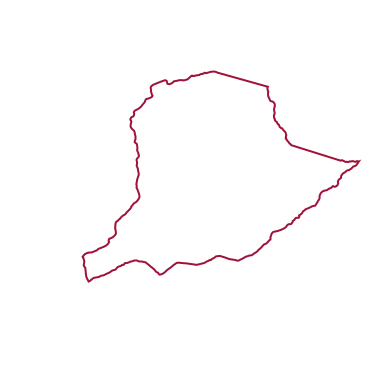 Humahuaca, Jujuy, Argentina, rotated 223°
{"feature_id": "61730980B42347447507011", "entity_name": "Humahuaca", "entity_type": "district", "adm_level": 2, "iso_a3": "ARG", "parent_name": "Argentina", "parent_adm1": "Jujuy", "projection": "robinson", "projection_center": [-65.497, -23.009], "detail": "fine", "context": "isolated", "style": "outline", "palette": "rose", "viewbox_px": 384, "rotation_deg": 223, "n_neighbors": 0, "source": "geoboundaries", "source_scale": "gbopen_adm2", "svg_char_len": 5958}
<svg xmlns="http://www.w3.org/2000/svg" viewBox="0 0 384 384"><g transform="rotate(223 192 192)"><path d="M106.1,315.6L151.4,293.9L152.2,294.2L153.7,294.0L154.4,294.1L155.0,294.4L156.2,294.4L157.9,294.6L158.7,295.0L159.3,295.1L159.7,294.9L159.9,295.0L160.2,295.8L160.4,295.9L160.7,296.0L161.0,296.3L161.5,297.2L161.5,297.5L161.7,297.8L162.8,298.4L163.7,299.1L164.2,299.3L165.4,299.5L166.8,299.5L169.5,300.0L169.8,299.9L170.1,299.7L171.0,299.4L171.7,299.5L172.3,299.4L172.8,299.6L174.0,300.4L174.8,300.4L175.3,300.2L175.8,300.3L176.3,300.5L176.9,300.6L177.8,301.1L179.3,300.8L180.0,300.9L180.6,301.4L180.9,301.5L181.3,301.9L181.4,302.0L182.4,302.2L182.7,302.3L184.0,303.5L184.5,304.2L184.5,304.6L184.7,304.9L184.9,305.4L185.2,305.9L185.9,306.6L187.8,307.8L188.9,309.1L189.2,309.6L189.7,310.9L189.9,311.2L190.3,311.7L191.7,312.8L193.1,313.2L194.3,313.2L195.3,312.8L196.2,312.2L196.8,312.1L197.2,312.2L201.7,314.1L203.9,316.1L204.5,317.4L205.3,317.6L207.9,319.5L208.3,320.7L254.9,296.6L256.3,296.2L258.1,295.1L260.3,292.6L262.7,288.5L263.1,288.3L263.8,288.1L264.3,287.5L264.3,286.5L265.2,285.1L265.8,284.7L265.9,284.0L266.4,283.2L266.5,282.5L267.5,281.4L268.2,280.2L268.7,279.8L269.3,279.0L269.3,278.6L270.8,277.1L271.4,277.1L271.6,276.5L272.1,271.2L273.2,269.6L273.7,268.5L274.1,268.0L274.6,267.6L275.2,267.4L276.0,266.5L276.7,266.0L277.4,265.3L279.5,262.1L280.6,260.9L280.9,257.7L282.2,255.3L282.9,254.8L283.7,254.4L286.4,256.0L287.6,255.6L288.0,255.3L290.4,250.7L293.2,244.6L293.6,243.6L293.9,241.4L293.5,240.3L292.7,239.5L291.6,238.8L290.6,237.5L289.3,236.9L287.8,235.8L286.5,235.5L286.2,234.0L287.1,231.7L287.6,230.7L288.7,229.1L288.9,228.1L288.6,227.1L287.9,225.6L287.5,218.9L287.9,216.4L289.1,213.0L289.3,211.6L288.7,210.4L287.9,210.1L287.2,209.2L286.6,208.2L286.6,207.0L287.3,205.2L287.1,204.0L286.4,202.8L285.3,202.7L284.1,201.9L283.5,200.6L282.6,199.1L281.7,198.2L280.8,197.6L279.5,197.3L278.5,197.2L277.3,197.3L275.9,197.2L274.5,196.4L272.7,195.0L271.2,194.2L270.2,192.9L269.3,192.1L268.6,190.1L267.7,189.3L265.2,189.5L264.1,188.8L262.1,187.1L261.3,186.2L260.9,185.4L259.9,184.7L259.2,184.4L258.2,184.1L257.4,183.6L256.9,183.0L256.2,182.8L255.5,182.4L255.0,181.3L254.9,178.5L254.5,177.8L254.0,177.3L252.6,176.4L251.3,175.0L250.7,173.8L250.2,173.4L248.4,172.5L247.7,172.3L246.4,171.2L243.0,168.7L242.5,167.9L240.5,163.5L239.6,162.3L239.3,161.6L238.7,160.9L237.9,159.6L236.9,159.1L235.5,157.4L234.9,157.0L234.1,156.9L233.4,156.5L231.4,155.5L230.6,155.0L229.4,154.5L228.6,153.9L227.9,153.4L226.9,152.3L226.4,151.1L226.0,148.3L226.0,147.5L226.0,146.6L226.7,144.4L226.7,143.7L226.4,139.9L226.0,139.0L225.8,138.2L225.7,137.1L225.8,135.7L225.8,133.6L225.9,132.9L225.8,131.6L225.6,130.6L225.7,129.8L226.3,128.0L226.5,127.3L226.6,124.2L226.4,123.4L226.7,121.9L226.6,120.8L227.1,118.0L225.7,115.7L224.3,114.3L224.0,113.5L223.2,112.9L221.9,112.0L221.3,111.5L220.4,110.8L219.1,109.4L218.9,107.9L218.9,106.9L219.1,104.8L219.5,103.8L220.0,102.5L220.6,101.4L220.3,100.4L219.7,99.4L218.5,98.9L218.2,97.6L218.1,96.2L218.2,94.9L218.4,94.0L219.2,91.7L221.6,86.7L221.8,84.8L222.2,83.5L223.7,80.5L224.2,79.2L225.7,77.9L226.3,77.1L226.7,76.3L227.2,75.7L227.4,74.9L228.0,73.7L227.9,70.1L227.6,69.8L226.8,69.9L226.1,69.5L225.4,68.9L224.9,68.7L223.4,67.9L222.4,66.3L221.9,65.7L221.5,64.9L221.0,64.4L220.2,64.1L218.2,63.7L216.7,62.3L216.1,61.9L215.4,61.2L214.8,60.7L214.2,60.0L213.4,59.5L211.9,58.2L208.7,56.7L208.0,56.6L206.6,56.0L206.0,57.4L205.5,61.5L204.9,62.8L204.0,63.9L203.1,65.1L202.1,66.4L201.8,67.8L200.8,69.6L199.8,70.8L198.2,75.2L197.5,76.4L196.8,80.1L195.0,83.1L195.2,85.9L195.1,86.6L194.4,88.1L193.8,89.0L193.6,89.7L193.4,90.2L193.4,91.0L192.5,91.8L192.3,92.7L192.6,93.9L192.2,94.7L191.1,95.8L190.1,97.6L189.3,99.5L188.5,100.5L187.4,102.7L185.9,104.1L185.2,104.5L184.0,104.8L183.3,105.2L181.0,107.1L177.9,108.9L172.2,109.3L170.9,109.2L169.9,109.5L166.2,109.6L165.5,109.4L163.7,109.2L161.7,109.8L159.8,109.3L159.1,109.6L157.7,112.2L157.1,115.1L157.0,117.8L155.9,123.5L155.7,125.8L154.8,129.8L153.3,131.4L149.6,134.2L147.8,135.7L138.8,142.0L137.2,144.5L134.6,148.5L133.7,151.6L133.1,152.5L133.0,153.3L132.6,154.3L131.8,155.0L131.8,156.2L130.9,158.9L130.5,161.4L128.0,164.3L122.6,166.9L119.1,168.3L114.4,171.5L112.1,172.7L111.1,173.7L110.2,176.3L109.5,178.0L108.6,181.2L106.6,184.8L105.1,186.6L105.0,187.6L104.8,188.2L104.6,190.1L104.2,190.8L103.8,192.9L103.8,193.6L103.9,194.5L103.5,198.4L103.6,202.7L102.6,204.7L102.4,207.3L102.5,207.9L102.5,209.7L102.2,210.7L102.7,211.4L103.4,211.9L103.8,212.5L104.2,213.3L104.4,214.0L105.0,215.1L105.4,216.1L105.3,218.1L104.9,218.9L103.6,220.6L101.8,223.6L100.9,225.5L100.1,227.4L99.4,230.2L99.7,233.3L99.0,234.9L98.5,235.2L98.3,235.4L98.0,235.6L97.7,236.3L97.8,237.2L97.8,238.2L98.0,238.9L98.5,239.3L98.5,240.0L98.1,241.5L98.5,242.8L98.4,243.6L98.1,244.3L97.2,245.1L96.4,245.9L96.4,246.4L96.6,247.1L97.3,247.4L97.7,247.8L97.7,248.4L97.3,249.3L97.2,250.2L97.0,251.0L97.6,253.7L97.5,254.4L97.1,255.2L97.1,255.7L97.2,256.6L95.3,260.8L94.8,262.2L94.4,263.5L92.6,266.1L93.3,270.0L93.9,272.0L93.9,273.2L94.3,274.1L94.8,274.8L95.5,275.5L96.2,276.5L97.0,278.8L97.0,281.1L96.3,282.9L94.5,285.5L94.5,286.1L94.2,286.9L94.1,287.5L93.0,290.4L93.0,291.4L93.0,292.2L92.8,292.6L91.4,292.9L90.8,293.6L90.4,294.8L90.2,296.2L90.7,297.1L90.9,298.0L92.3,298.9L93.0,300.6L93.0,301.6L92.6,303.7L92.7,304.1L93.0,304.5L93.5,304.9L94.0,305.7L94.2,308.4L94.1,309.3L93.7,310.1L93.4,312.0L93.3,313.4L93.1,313.8L92.1,315.0L91.5,317.7L91.4,320.6L90.9,321.6L90.6,322.0L90.3,322.7L90.1,323.8L90.8,328.0L90.9,327.8L91.3,327.8L92.1,327.3L92.5,326.9L92.7,326.5L92.8,325.9L93.2,325.4L94.0,324.9L94.9,324.6L95.4,324.3L95.8,323.8L96.1,323.5L96.3,323.2L96.7,322.5L97.1,322.2L97.6,321.9L97.7,321.6L97.8,321.3L98.1,320.7L98.7,320.0L99.3,319.7L99.6,319.5L99.8,319.3L100.0,318.9L100.4,318.7L100.9,318.5L101.8,318.3L102.6,317.9L103.0,317.9L103.8,317.7L104.2,317.0L104.4,316.9L104.7,316.2L105.8,315.9L106.1,315.6Z" fill="none" stroke="#9f1239" stroke-width="2"/></g></svg>